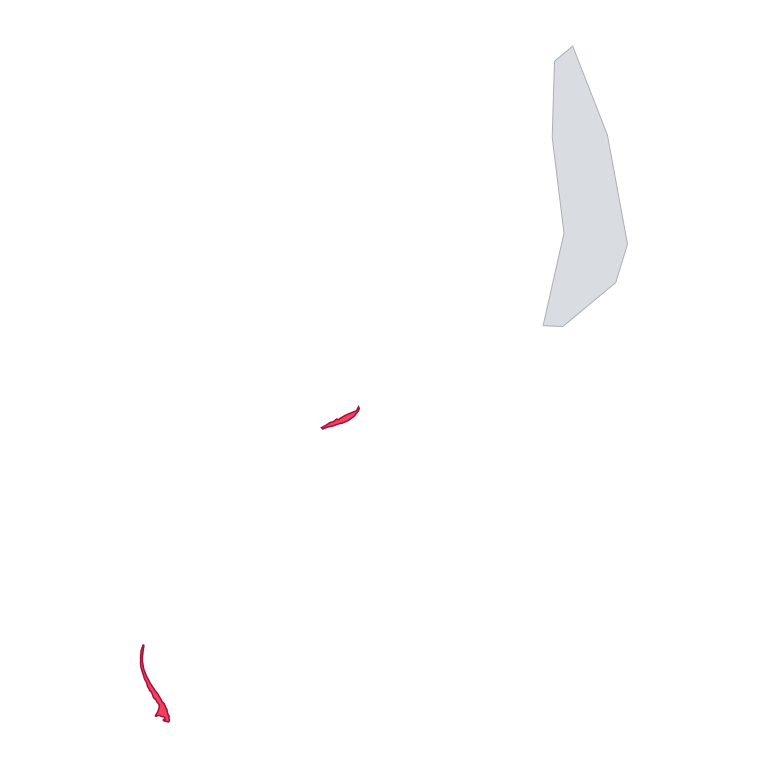 Funafala, Tuvalu (highlighted)
{"feature_id": "33948139B32530222463199", "entity_name": "Funafala", "entity_type": "district", "adm_level": 2, "iso_a3": "TUV", "parent_name": "Tuvalu", "parent_adm1": "", "projection": "mercator", "projection_center": [179.105, -8.593], "detail": "fine", "context": "in_parent", "style": "filled", "palette": "rose", "viewbox_px": 768, "rotation_deg": 0, "n_neighbors": 0, "source": "geoboundaries", "source_scale": "gbopen_adm2", "svg_char_len": 2677}
<svg xmlns="http://www.w3.org/2000/svg" viewBox="0 0 768 768"><path d="M615.7,282.6L562.8,326.5L543.1,325.7L564.0,233.1L552.2,137.4L554.5,61.2L572.7,46.1L607.4,135.0L627.5,244.3L615.7,282.6Z" fill="#d9dde1" stroke="#a8b0b8" stroke-width="1"/><path d="M162.5,702.2L162.2,701.9L161.9,701.2L161.6,700.5L161.3,700.0L157.8,693.9L155.4,690.9L153.0,687.4L150.0,682.9L149.7,682.1L149.3,681.3L146.9,676.8L146.3,675.6L144.7,671.5L143.8,669.3L143.5,667.7L143.0,664.9L142.4,660.9L142.5,656.2L143.4,648.8L143.8,646.8L143.8,646.0L143.8,645.5L143.7,645.1L143.4,645.0L143.1,645.0L142.9,645.3L142.8,645.5L142.8,645.9L142.6,646.3L142.5,646.9L142.2,647.3L142.1,647.6L141.9,648.2L141.8,648.6L141.6,649.4L141.4,649.9L141.3,650.2L141.1,650.5L141.1,650.9L141.0,651.3L141.0,651.8L141.0,652.3L141.0,652.7L140.7,655.7L140.5,657.5L140.6,659.5L140.5,663.4L140.7,665.9L141.7,670.1L142.4,672.2L143.8,676.4L144.0,677.2L144.3,678.4L145.4,680.7L145.7,681.1L146.3,682.0L146.7,683.2L147.5,686.4L148.9,688.7L149.5,689.7L149.4,690.2L150.0,691.0L150.9,691.5L151.3,692.1L151.8,693.1L152.3,694.0L152.7,695.2L153.1,696.7L153.9,698.1L154.8,698.9L155.5,699.5L156.2,700.3L156.7,701.4L157.1,702.3L157.9,703.0L158.5,703.8L158.7,704.2L158.9,704.5L159.1,705.1L159.2,705.6L159.2,706.3L159.1,707.1L159.1,707.7L158.7,708.9L158.5,709.6L158.0,711.1L157.7,712.0L157.3,712.8L156.7,713.4L156.4,714.0L156.2,714.3L156.1,714.5L155.8,714.9L155.6,715.2L155.4,715.5L155.4,715.8L155.4,716.0L155.5,716.1L155.8,716.2L156.0,716.2L156.4,716.2L156.8,716.1L157.4,715.6L157.8,715.6L158.5,715.5L159.0,715.5L159.8,715.5L160.5,715.9L160.8,716.1L161.4,716.4L162.0,716.7L162.7,716.8L163.3,716.8L163.8,716.9L164.2,717.1L164.6,717.5L164.8,718.0L164.9,718.5L165.1,719.0L165.1,719.3L165.0,719.7L164.8,719.8L164.5,719.7L164.2,719.7L163.8,719.5L163.4,719.5L163.2,720.0L163.5,720.4L163.8,720.7L164.3,721.0L164.9,721.1L165.6,721.2L166.2,721.4L166.9,721.5L167.5,721.7L168.0,721.9L168.7,721.9L169.0,721.5L169.2,721.0L169.3,720.5L169.3,719.8L169.3,719.3L169.1,718.9L169.1,718.4L169.0,717.8L169.0,717.3L169.0,716.6L169.0,716.3L169.1,716.0L168.9,715.9L168.7,715.9L168.4,715.6L168.4,715.2L168.1,714.3L167.8,713.8L167.7,713.3L167.5,712.7L167.4,712.1L167.2,711.4L167.1,710.5L166.9,709.7L166.9,709.3L166.7,709.0L166.5,708.9L166.3,708.8L166.1,708.3L164.7,704.8L164.4,704.0L164.0,703.4L163.4,702.8L163.0,702.5L162.5,702.2ZM358.1,407.6L356.3,410.8L350.2,413.2L345.9,415.0L339.6,418.6L338.9,419.7L336.7,419.0L333.6,421.5L332.3,422.1L330.4,422.3L325.9,425.3L321.4,427.6L322.7,429.0L327.0,427.3L332.7,426.0L338.0,424.2L339.9,423.5L342.2,423.2L348.1,420.6L354.0,416.5L358.5,410.8L359.3,408.5L358.6,406.8L358.1,407.6Z" fill="#f43f5e" stroke="#9f1239" stroke-width="1.5"/></svg>